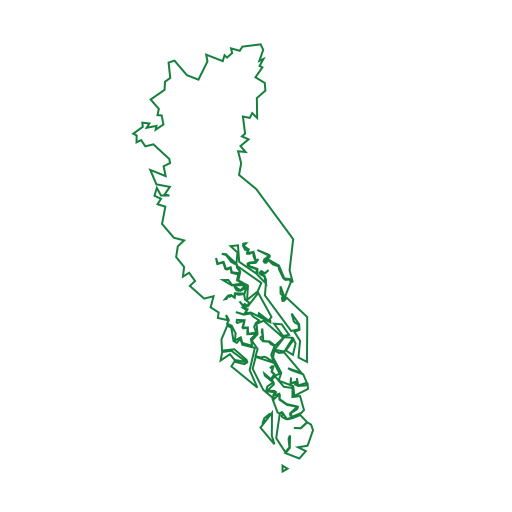 outline of Khulna, Khulna, Bangladesh, rotated 340°
{"feature_id": "16705992B21968895988188", "entity_name": "Khulna", "entity_type": "district", "adm_level": 2, "iso_a3": "BGD", "parent_name": "Bangladesh", "parent_adm1": "Khulna", "projection": "mercator", "projection_center": [89.444, 22.353], "detail": "fine", "context": "isolated", "style": "outline", "palette": "green", "viewbox_px": 512, "rotation_deg": 340, "n_neighbors": 0, "source": "geoboundaries", "source_scale": "gbopen_adm2", "svg_char_len": 6147}
<svg xmlns="http://www.w3.org/2000/svg" viewBox="0 0 512 512"><g transform="rotate(340 256 256)"><path d="M332.7,58.7L314.8,54.6L310.9,57.6L303.6,52.4L303.0,57.2L296.6,59.6L295.1,56.6L291.4,61.5L278.1,49.8L276.9,56.6L262.2,70.6L252.9,62.4L246.2,44.5L240.0,44.4L236.3,59.4L230.1,61.1L226.9,68.6L210.5,72.9L215.0,84.5L211.6,90.0L215.4,91.6L214.0,100.8L204.9,103.0L206.9,99.7L197.1,98.1L201.1,95.0L194.8,91.8L193.8,95.9L182.5,99.1L185.1,101.9L182.6,108.3L187.7,107.8L189.5,115.1L197.8,116.0L207.7,135.2L207.0,139.3L199.9,140.1L198.4,150.0L186.1,139.0L186.9,154.6L198.7,161.6L191.1,166.9L195.3,169.6L187.4,166.7L186.1,158.1L181.2,164.7L186.3,169.7L181.2,173.7L187.7,178.6L178.7,193.7L185.0,210.7L193.8,216.8L185.8,220.2L180.6,229.7L184.7,241.7L180.3,250.4L187.4,248.9L190.2,258.7L183.6,261.5L192.7,278.3L202.4,279.3L195.8,288.7L201.6,296.3L199.0,301.2L207.1,306.4L207.8,301.2L208.6,306.9L205.6,309.7L209.3,313.2L210.4,321.7L207.3,328.2L213.8,327.2L213.4,333.0L221.6,339.0L222.8,332.3L229.7,329.1L221.1,326.6L223.4,320.4L219.3,319.7L218.8,318.7L222.9,312.7L215.5,312.5L215.1,311.7L216.2,309.5L223.3,312.5L219.3,318.8L223.9,320.4L221.9,326.5L230.1,327.9L230.0,322.0L232.9,319.0L236.9,317.6L232.4,311.6L231.3,308.1L224.5,307.0L217.8,301.8L224.8,306.8L228.8,303.7L225.8,300.0L229.0,297.7L227.4,298.6L226.6,298.2L225.0,293.0L227.1,298.2L229.0,297.2L231.1,300.1L232.2,298.6L233.9,297.9L230.8,293.2L231.8,287.7L226.4,286.5L223.7,284.3L221.7,288.0L218.9,284.3L217.4,285.3L216.5,284.1L213.5,286.3L212.0,286.0L216.2,283.7L219.2,284.1L221.6,287.6L223.4,283.8L232.4,287.4L235.9,282.3L229.8,283.4L226.6,282.2L226.0,281.4L225.2,277.1L229.8,282.9L236.2,279.9L223.2,275.3L216.7,267.3L221.8,269.1L223.6,275.1L233.9,277.2L229.9,272.3L233.0,267.3L227.1,263.3L228.2,258.8L224.2,258.8L222.8,257.8L222.9,250.8L216.9,250.4L217.7,244.2L217.6,250.1L223.5,250.4L223.4,257.8L228.4,258.0L227.8,263.1L234.4,266.4L235.4,264.0L234.1,260.5L235.0,257.9L230.7,253.1L228.0,244.2L227.2,244.1L224.6,242.3L228.4,244.0L234.9,256.6L239.8,246.4L235.5,238.1L242.7,239.8L238.2,255.7L250.2,272.5L252.3,268.8L247.3,264.8L245.0,261.7L245.5,260.3L247.2,259.9L253.9,261.5L253.6,255.4L254.8,251.4L250.5,251.7L248.6,250.9L248.6,249.7L251.1,247.5L247.9,246.5L247.3,242.0L250.5,240.8L247.1,240.1L251.5,240.5L247.7,242.1L251.4,247.4L248.8,250.5L255.1,251.2L254.3,260.9L257.3,259.8L253.3,262.3L246.5,260.4L246.3,263.2L252.9,268.6L251.0,274.4L255.9,285.1L256.9,278.0L253.7,274.6L254.0,272.8L255.8,271.9L258.5,275.2L263.0,273.5L258.6,275.5L254.1,273.4L257.2,277.6L257.2,282.4L250.9,296.1L263.4,338.5L271.2,339.5L272.6,334.9L270.0,332.2L269.2,330.1L269.8,322.2L273.2,335.1L271.6,340.3L266.1,340.3L268.4,350.8L261.2,365.9L267.7,372.9L283.3,330.9L270.6,305.8L267.1,307.7L265.5,307.2L266.1,304.0L268.0,303.3L266.2,299.8L268.7,292.9L268.6,303.5L266.4,307.5L280.0,292.2L279.2,289.4L275.6,288.6L274.1,286.3L273.1,276.6L273.7,273.5L269.0,269.7L266.3,264.3L263.2,265.8L261.7,265.1L261.4,263.5L262.6,262.0L268.5,260.3L259.3,250.8L268.8,259.6L268.6,261.5L261.8,264.0L266.6,263.8L274.3,272.8L274.9,286.8L279.9,289.2L281.5,293.4L282.7,280.8L296.7,252.9L279.1,193.1L267.8,174.0L273.8,163.7L275.0,151.5L281.8,154.7L279.0,147.4L288.9,143.8L283.7,138.8L287.6,137.3L291.4,120.5L297.4,124.1L301.3,120.4L304.3,126.7L310.8,107.9L321.4,103.8L323.4,96.3L316.6,87.9L326.5,80.9L324.4,78.6L330.4,73.4L325.9,73.8L333.3,64.7L332.7,58.7ZM224.2,412.7L212.7,434.0L216.4,450.3L222.0,447.2L224.0,439.2L224.7,438.1L226.6,436.3L222.1,447.9L216.2,451.3L227.5,461.1L236.1,456.4L230.1,450.1L239.6,451.9L250.0,439.2L250.1,433.3L247.3,429.9L239.2,433.3L232.8,430.5L239.0,433.0L247.2,429.7L243.2,420.6L235.2,420.9L230.0,420.3L228.5,419.6L225.6,416.4L225.4,415.0L227.4,413.7L226.9,411.8L224.2,412.7ZM208.2,331.0L205.8,328.2L208.3,314.8L205.2,311.6L195.0,322.6L191.7,333.3L203.7,336.2L211.6,350.4L211.5,352.9L208.1,353.6L199.5,347.9L195.1,351.3L212.3,380.2L211.0,361.1L223.5,342.0L212.8,334.7L213.0,328.5L208.2,331.0ZM258.7,381.4L249.5,356.3L244.4,354.9L240.8,351.1L237.3,357.3L239.8,374.4L234.7,380.9L246.4,391.0L244.3,400.6L259.4,398.7L260.6,394.1L258.0,394.6L251.2,392.5L248.8,390.1L249.9,387.9L246.0,388.0L244.8,387.5L247.4,382.2L245.2,387.4L250.3,387.7L251.1,391.5L252.7,384.7L251.3,392.1L260.4,392.4L259.9,383.4L250.2,375.4L247.7,372.4L258.7,381.4ZM241.1,319.5L233.3,319.9L230.7,330.0L223.1,334.0L225.7,344.0L221.3,349.9L225.5,352.9L229.2,353.5L230.8,354.7L236.4,361.9L236.5,354.0L242.7,347.0L239.6,343.5L238.8,340.9L233.5,338.6L232.1,335.5L232.2,334.1L235.3,333.0L235.3,329.6L237.1,326.3L233.8,338.4L239.5,340.9L243.3,346.7L253.7,342.2L241.1,319.5ZM236.4,362.7L221.2,350.7L214.3,360.8L217.0,384.3L223.8,396.0L224.9,392.3L227.6,390.6L220.8,387.4L220.0,385.5L222.1,382.4L228.9,380.7L223.4,371.4L223.6,369.3L227.9,376.9L232.7,373.3L231.0,370.2L234.0,365.8L230.7,366.1L233.4,365.1L234.3,366.2L231.4,370.1L232.9,373.1L231.7,374.9L238.0,374.8L236.4,362.7ZM232.8,375.7L228.5,377.4L229.3,380.9L228.8,382.8L220.6,386.4L227.2,389.1L228.2,390.9L224.9,393.2L230.7,393.5L230.8,395.0L229.2,398.4L234.1,405.6L243.6,411.7L243.4,412.9L241.9,414.1L234.7,415.7L234.8,419.4L245.1,418.9L248.4,417.2L249.5,402.7L242.0,401.0L245.2,392.5L237.5,388.5L232.8,375.7ZM249.7,318.6L245.5,291.5L231.4,300.3L226.5,299.9L229.9,303.2L226.4,306.1L231.9,307.4L246.8,323.3L247.2,321.9L245.4,321.4L241.9,317.6L240.5,315.9L240.9,314.6L238.4,312.0L239.2,310.8L245.8,321.1L249.7,318.6ZM245.4,289.9L251.8,283.1L235.0,259.1L235.8,265.4L231.1,272.8L238.3,281.1L232.6,294.2L245.4,289.9ZM228.9,399.0L230.5,393.9L225.0,396.3L222.6,396.3L222.8,410.3L224.1,412.1L226.6,411.5L227.3,412.0L229.2,419.6L235.2,420.3L233.7,417.7L234.2,415.6L243.2,411.8L234.2,406.5L228.9,399.0ZM208.9,439.2L209.4,430.3L217.4,408.8L201.5,418.8L208.9,439.2ZM250.0,355.4L261.7,346.4L262.0,345.2L254.9,341.9L241.4,350.5L250.0,355.4ZM200.4,336.6L191.4,334.7L187.0,342.1L197.9,339.4L200.3,346.3L210.8,352.5L200.4,336.6ZM260.1,341.4L256.8,329.0L249.8,325.8L254.1,340.4L260.1,341.4ZM256.9,361.5L263.2,351.9L262.7,345.4L261.3,348.5L251.7,355.0L256.9,361.5ZM207.3,467.6L212.9,466.7L209.2,462.1L207.3,467.6ZM204.7,415.9L209.8,413.5L215.4,408.8L208.3,411.3L204.7,415.9Z" fill="none" stroke="#15803d" stroke-width="2"/></g></svg>